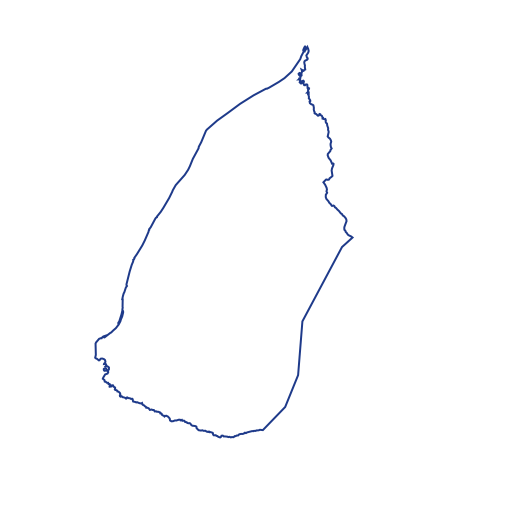 outline of Pormpuraaw, Queensland, Australia, rotated 39°
{"feature_id": "25037944B5517287997374", "entity_name": "Pormpuraaw", "entity_type": "district", "adm_level": 2, "iso_a3": "AUS", "parent_name": "Australia", "parent_adm1": "Queensland", "projection": "mercator", "projection_center": [141.801, -14.654], "detail": "fine", "context": "isolated", "style": "outline", "palette": "blue", "viewbox_px": 512, "rotation_deg": 39, "n_neighbors": 0, "source": "geoboundaries", "source_scale": "gbopen_adm2", "svg_char_len": 6068}
<svg xmlns="http://www.w3.org/2000/svg" viewBox="0 0 512 512"><g transform="rotate(39 256 256)"><path d="M164.5,61.4L165.0,66.6L164.5,67.5L165.4,72.1L166.5,75.2L167.7,90.1L166.2,99.9L164.2,106.4L160.3,116.8L159.2,119.2L158.6,119.5L158.1,120.6L153.0,132.7L147.9,147.7L144.0,162.8L140.6,175.2L138.3,188.6L138.3,190.1L141.8,202.0L142.8,207.1L143.6,208.5L145.8,220.3L148.1,227.8L149.0,231.7L149.6,238.0L149.0,251.4L150.0,257.5L150.4,258.5L152.0,265.5L153.7,276.9L154.2,281.8L154.2,287.7L154.6,288.2L154.2,289.2L154.2,290.1L156.1,300.0L156.1,302.5L156.6,302.8L156.7,303.8L157.3,305.0L159.8,314.0L161.0,319.5L162.3,329.5L162.6,334.0L163.0,334.3L163.2,335.2L163.0,336.3L163.5,336.6L164.1,338.0L165.0,341.1L167.6,347.6L173.1,359.4L173.6,360.1L174.6,360.5L174.7,362.4L176.5,367.1L176.7,368.3L177.8,370.9L179.3,373.8L179.7,373.6L184.3,379.5L185.0,380.1L185.6,381.4L186.4,382.3L188.2,386.0L190.9,392.9L191.0,394.5L191.4,395.0L191.6,394.9L191.4,393.9L190.7,391.8L188.2,384.9L186.9,382.7L186.9,382.3L187.5,382.6L188.3,383.5L190.1,387.3L190.9,390.2L191.7,392.1L192.4,395.6L192.5,400.3L191.9,403.7L191.6,406.6L191.2,407.4L189.5,414.6L188.7,415.0L188.7,414.2L189.5,413.2L189.3,412.5L188.0,414.6L187.7,416.0L187.8,417.1L187.2,417.4L186.2,419.1L186.1,423.8L186.4,425.0L193.8,433.7L195.0,436.2L195.7,436.4L197.0,436.0L199.6,436.0L200.0,435.5L199.9,433.8L200.1,433.3L201.3,432.3L203.0,431.8L204.2,431.9L205.6,433.0L205.9,434.1L205.7,435.2L205.9,435.6L206.8,434.7L207.3,434.5L208.5,435.1L208.5,436.3L210.2,435.2L211.4,435.1L212.0,435.3L213.1,436.8L213.0,437.8L212.8,438.2L212.0,438.5L210.6,437.9L209.7,438.0L209.1,438.6L208.8,439.5L209.3,440.2L210.0,440.6L210.6,440.5L211.6,439.4L212.5,438.9L213.8,438.9L214.3,439.3L214.6,440.8L213.3,443.0L213.8,446.6L214.2,447.8L216.3,447.8L217.5,448.8L218.4,448.3L219.8,448.4L220.9,447.6L221.9,448.3L222.8,447.6L223.2,447.7L224.0,448.1L224.0,449.3L224.5,449.7L225.7,448.4L225.5,447.0L226.4,446.5L227.6,447.2L228.8,446.9L229.4,447.0L229.8,447.4L230.1,448.4L231.0,448.7L232.1,448.0L232.9,448.1L233.5,448.5L234.4,448.0L236.2,448.0L237.6,448.8L237.9,450.0L238.6,450.6L239.2,450.6L239.8,449.5L241.1,449.7L241.9,449.2L243.8,448.5L244.8,448.6L245.0,448.1L244.7,447.6L244.8,447.0L246.3,446.7L247.6,445.9L248.9,445.7L249.5,444.9L250.3,444.9L251.6,446.1L252.1,446.4L254.1,445.4L255.1,445.2L255.5,444.5L258.1,443.7L259.5,442.9L259.9,442.1L260.3,442.6L260.9,442.5L261.1,442.8L261.7,442.9L263.2,442.5L264.2,442.7L265.4,442.5L266.2,443.0L267.0,442.3L268.5,441.9L270.4,442.4L271.5,441.0L272.6,440.7L273.5,440.0L275.2,440.5L276.0,439.6L276.8,439.5L278.2,438.5L280.1,437.9L280.6,438.0L280.8,438.5L282.0,438.0L282.8,438.6L284.6,438.4L285.2,438.0L285.9,438.3L286.2,437.3L286.8,436.6L288.7,436.2L291.2,436.6L292.7,437.9L294.3,437.7L295.5,436.6L296.5,434.8L297.6,434.0L299.2,431.6L300.4,430.9L300.9,431.2L301.4,430.8L301.6,430.0L302.6,430.3L303.6,429.3L304.3,429.2L305.4,429.6L306.7,428.8L307.7,429.0L308.9,428.4L309.7,427.6L310.6,427.6L312.3,428.1L313.4,427.9L315.6,426.5L316.9,426.1L317.2,426.2L318.2,427.2L321.0,427.5L323.1,426.3L324.0,425.2L325.2,424.9L326.6,423.7L328.3,423.5L329.0,423.2L329.3,422.6L329.8,422.6L330.2,422.1L330.4,422.3L330.8,422.2L331.4,421.5L333.5,420.7L334.0,420.8L335.1,421.8L336.1,421.9L337.5,420.6L338.4,420.7L339.4,420.2L340.4,420.3L342.3,419.6L342.6,418.8L342.3,417.4L343.2,416.5L344.6,416.5L345.2,415.9L347.5,414.4L348.4,414.2L349.2,413.2L350.6,412.8L351.2,411.9L352.6,410.9L352.8,409.4L353.4,409.0L354.1,407.5L355.0,406.8L355.2,405.1L356.4,403.6L357.6,402.7L358.3,401.7L358.4,400.5L358.7,400.2L359.3,400.2L359.7,399.9L360.1,398.7L363.2,394.5L364.2,393.8L364.3,393.4L364.9,392.8L365.3,392.6L365.9,392.0L366.0,391.4L367.8,389.8L368.4,388.6L370.9,387.0L373.7,355.0L363.7,322.1L333.2,277.6L317.2,194.9L319.4,180.9L317.7,180.9L315.3,181.5L313.9,181.6L312.1,181.0L310.5,180.8L309.5,180.1L308.2,180.0L306.9,178.6L306.3,177.5L304.4,171.9L303.2,170.8L302.0,170.2L299.5,169.7L297.9,169.9L296.5,169.3L295.1,169.5L292.2,168.8L290.0,168.7L287.9,168.3L286.7,168.5L285.5,167.9L284.5,168.0L283.8,169.0L283.3,169.3L281.6,168.7L279.3,168.5L278.0,167.9L274.7,167.3L273.1,166.3L271.7,164.4L271.5,162.1L270.1,161.4L269.3,159.7L268.0,158.6L264.9,157.1L262.0,156.3L262.3,152.6L262.6,152.2L263.7,151.7L264.5,150.9L264.6,150.4L264.3,149.3L264.9,146.9L265.0,145.6L261.0,142.0L260.0,140.2L258.9,136.6L258.3,135.6L257.6,135.6L257.0,136.4L253.8,134.7L250.6,134.0L248.3,132.6L247.6,131.5L247.7,127.7L247.2,126.8L247.1,124.8L245.8,124.3L244.5,123.2L243.4,122.0L242.5,119.8L241.4,119.0L239.7,118.3L237.8,118.3L236.5,118.0L234.5,114.0L233.9,113.4L232.6,112.6L231.6,111.2L229.3,109.8L227.8,108.4L226.6,108.4L226.0,108.1L225.3,107.4L224.9,106.6L223.7,105.9L223.2,106.6L221.4,107.3L221.1,106.5L220.7,106.7L220.5,106.4L218.9,105.6L217.3,105.9L216.7,105.4L216.0,105.7L216.1,106.1L216.5,106.4L216.3,106.7L216.3,107.5L215.8,108.0L213.4,107.8L212.2,108.2L211.5,108.1L211.1,107.3L210.1,106.9L208.8,105.9L207.7,104.4L205.8,102.8L204.9,102.8L203.4,103.3L201.7,103.3L200.4,102.2L200.7,101.5L200.2,100.9L198.8,100.4L197.9,100.3L197.0,99.0L195.8,98.1L195.6,97.7L194.8,97.7L194.2,96.9L194.6,96.5L194.3,96.1L193.9,96.9L193.3,96.7L193.0,96.9L193.1,95.5L192.5,95.0L192.1,94.1L191.4,93.6L191.5,93.3L192.0,93.0L191.7,92.3L191.2,92.3L190.3,92.9L188.2,90.7L187.7,90.6L186.9,91.1L186.6,92.5L185.9,92.9L184.3,92.1L183.3,90.1L182.4,90.0L181.9,90.8L182.0,91.6L182.7,92.0L182.7,93.2L182.5,93.6L182.0,93.7L180.8,93.5L181.0,92.2L180.4,91.9L180.0,92.3L179.3,91.2L178.8,91.3L178.2,91.8L178.3,91.3L177.9,90.9L178.6,90.1L178.3,89.4L177.3,88.6L177.8,87.4L177.8,87.0L177.5,86.6L176.7,86.8L175.6,88.2L174.5,87.7L174.6,86.4L175.6,86.0L176.3,84.9L175.3,83.2L174.2,82.5L174.9,82.4L175.6,82.9L176.1,82.7L176.5,82.1L176.4,81.1L176.9,80.1L175.0,78.4L174.0,77.0L172.9,76.3L171.6,75.1L171.2,74.2L171.3,73.1L172.2,71.4L172.2,70.5L171.7,69.8L170.8,69.8L168.9,68.4L168.6,65.1L167.9,63.5L165.8,61.9L165.4,62.1L164.5,61.4ZM163.0,63.0L162.8,62.4L162.5,62.2L162.2,62.4L162.3,63.4L162.9,65.7L163.3,66.5L163.7,66.7L164.3,66.4L163.5,66.0L163.0,64.8L162.8,63.6L163.0,63.0Z" fill="none" stroke="#1e3a8a" stroke-width="2"/></g></svg>